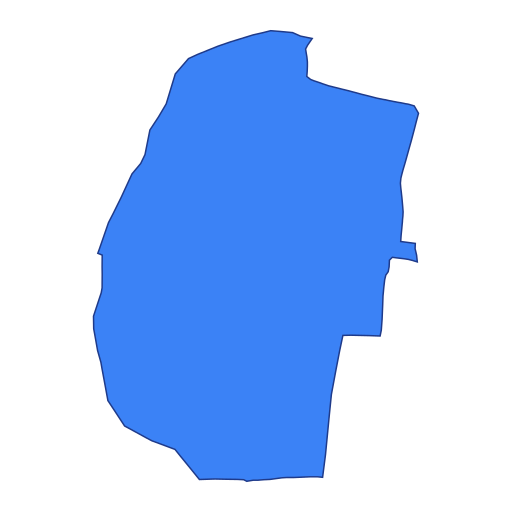 the district of Khsos, Al Qalyubiyah, Egypt
{"feature_id": "37247803B74269871636707", "entity_name": "Khsos", "entity_type": "district", "adm_level": 2, "iso_a3": "EGY", "parent_name": "Egypt", "parent_adm1": "Al Qalyubiyah", "projection": "orthographic", "projection_center": [31.321, 30.157], "detail": "fine", "context": "isolated", "style": "filled", "palette": "blue", "viewbox_px": 512, "rotation_deg": 0, "n_neighbors": 0, "source": "geoboundaries", "source_scale": "gbopen_adm2", "svg_char_len": 2289}
<svg xmlns="http://www.w3.org/2000/svg" viewBox="0 0 512 512"><path d="M188.5,58.6L175.3,73.9L166.2,103.9L158.4,117.1L149.9,130.0L145.0,154.6L140.7,163.5L132.0,173.9L121.3,197.1L113.4,213.1L108.5,222.6L101.2,243.7L99.4,248.9L97.8,253.3L102.2,255.1L102.1,266.8L102.2,274.1L102.1,287.9L101.2,292.9L99.2,298.9L93.5,316.2L93.7,328.8L94.6,333.7L97.6,350.6L100.9,362.3L102.1,369.2L105.3,386.4L107.9,400.6L114.9,411.2L124.6,426.0L136.2,432.3L146.6,438.0L151.9,440.8L167.8,446.7L175.0,449.4L180.7,456.5L188.3,465.8L199.4,479.5L202.5,479.4L211.1,479.1L215.2,479.0L224.2,479.2L230.3,479.3L237.3,479.4L243.7,479.7L246.8,481.3L247.2,481.2L253.3,480.2L257.8,480.2L263.7,479.7L270.1,479.4L278.2,478.3L281.8,477.8L286.7,477.5L293.9,477.5L309.9,476.8L317.6,476.8L322.6,477.3L325.5,454.6L327.2,436.9L329.1,417.2L331.4,394.4L335.8,370.7L339.7,350.5L342.9,335.4L350.9,335.2L369.2,335.6L380.1,336.0L381.3,330.2L382.1,319.1L382.7,304.6L383.0,295.9L383.4,291.9L383.8,287.4L384.7,279.7L385.8,275.1L387.1,273.3L388.2,271.7L389.1,266.9L389.4,261.0L389.4,260.2L392.3,257.3L396.1,257.8L400.4,258.3L404.5,258.8L405.1,258.9L408.4,259.4L413.1,260.6L413.6,260.8L417.3,261.9L416.6,255.2L415.1,248.7L415.3,243.4L400.7,241.5L401.1,235.5L401.8,228.4L402.2,223.9L402.4,222.0L402.5,220.0L402.9,216.0L403.1,211.9L402.7,206.5L402.3,201.9L401.9,197.6L401.5,194.1L401.4,193.0L400.8,188.0L400.4,183.2L400.9,178.1L401.8,174.4L403.0,169.9L404.6,164.5L405.9,160.0L408.1,152.1L409.6,146.7L411.3,140.7L414.5,128.6L416.0,122.7L418.5,113.3L414.2,105.9L408.8,104.3L407.4,104.0L405.8,103.8L404.5,103.5L400.0,102.6L399.7,102.6L396.7,102.1L396.4,102.0L393.1,101.4L391.3,101.0L389.0,100.6L385.1,99.7L384.8,99.7L382.0,99.2L381.4,99.0L381.1,99.0L376.7,98.1L373.2,97.2L367.8,95.8L362.9,94.6L362.5,94.5L361.7,94.3L357.3,93.1L356.6,92.9L352.0,91.7L348.4,90.7L348.0,90.6L347.5,90.5L343.9,89.6L342.1,89.2L338.7,88.3L333.0,86.9L332.7,86.8L328.6,85.8L325.1,84.6L322.7,83.8L321.6,83.4L321.1,83.2L320.3,82.9L317.9,82.1L317.3,81.9L314.0,80.8L311.0,79.6L310.7,79.5L306.8,76.5L307.1,72.6L307.2,71.3L307.4,66.2L307.4,62.0L306.9,57.0L306.2,52.9L305.6,49.0L307.7,45.0L308.0,44.6L312.2,38.5L300.5,36.1L292.6,32.6L280.8,31.5L270.7,30.7L262.8,32.7L253.1,34.9L230.4,41.9L217.9,46.2L197.6,54.4L188.5,58.6Z" fill="#3b82f6" stroke="#1e3a8a" stroke-width="1.5"/></svg>